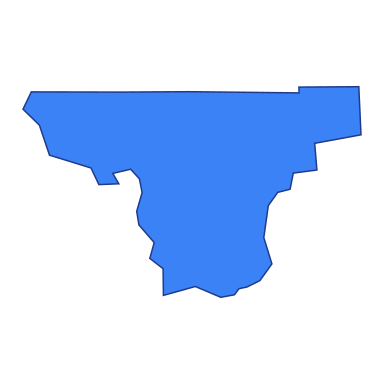 Towns, Georgia, United States of America
{"feature_id": "52423323B28329041515862", "entity_name": "Towns", "entity_type": "district", "adm_level": 2, "iso_a3": "USA", "parent_name": "United States of America", "parent_adm1": "Georgia", "projection": "natural_earth1", "projection_center": [-83.742, 34.892], "detail": "fine", "context": "isolated", "style": "filled", "palette": "blue", "viewbox_px": 384, "rotation_deg": 0, "n_neighbors": 0, "source": "geoboundaries", "source_scale": "gbopen_adm2", "svg_char_len": 576}
<svg xmlns="http://www.w3.org/2000/svg" viewBox="0 0 384 384"><path d="M247.0,287.0L259.9,280.6L271.9,263.9L263.8,237.6L268.3,205.6L277.7,192.4L290.1,189.2L293.3,173.1L316.9,170.0L314.7,143.3L361.0,134.8L358.8,86.7L298.9,87.1L299.1,92.9L189.1,91.7L120.4,92.1L31.3,91.9L23.0,109.2L39.4,125.2L49.5,155.2L91.0,168.0L98.9,184.6L118.8,183.8L112.8,173.4L130.6,169.2L139.4,178.8L142.1,192.6L136.7,211.3L138.9,224.9L154.2,242.6L149.8,258.4L163.1,268.7L163.4,295.4L195.3,286.5L220.8,297.3L234.4,294.8L239.0,288.7L247.0,287.0Z" fill="#3b82f6" stroke="#1e3a8a" stroke-width="1.5"/></svg>